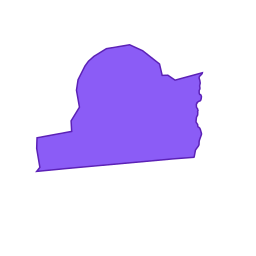 Abbeville, South Carolina, United States of America, rotated 215°
{"feature_id": "52423323B54775259864963", "entity_name": "Abbeville", "entity_type": "district", "adm_level": 2, "iso_a3": "USA", "parent_name": "United States of America", "parent_adm1": "South Carolina", "projection": "equal_earth", "projection_center": [-82.57, 34.249], "detail": "fine", "context": "isolated", "style": "filled", "palette": "violet", "viewbox_px": 256, "rotation_deg": 215, "n_neighbors": 0, "source": "geoboundaries", "source_scale": "gbopen_adm2", "svg_char_len": 1099}
<svg xmlns="http://www.w3.org/2000/svg" viewBox="0 0 256 256"><g transform="rotate(215 128 128)"><path d="M57.2,141.8L57.3,142.5L59.8,148.0L60.1,148.8L60.0,153.5L60.1,154.4L60.4,155.3L61.9,157.6L62.5,159.0L64.1,164.8L64.7,165.7L67.9,168.3L69.1,169.0L70.3,169.2L71.3,169.1L71.8,169.4L72.9,170.8L75.5,171.8L76.1,172.5L78.1,176.1L78.4,178.6L79.8,180.8L80.3,181.1L80.6,182.4L80.8,182.5L82.0,183.6L82.6,183.8L83.7,184.2L84.0,184.5L85.6,186.6L85.7,187.1L85.6,187.8L85.8,188.1L86.0,188.3L85.9,188.8L85.2,190.7L84.5,191.5L84.4,192.7L84.9,194.1L85.8,195.8L87.1,196.8L87.8,196.9L88.5,196.6L89.7,197.4L91.0,199.2L91.3,199.8L91.4,200.8L91.9,201.9L93.5,203.6L94.6,206.2L96.4,208.1L98.4,209.7L98.8,210.4L99.0,211.4L98.5,214.2L98.5,215.1L98.8,215.9L108.9,203.8L116.9,194.2L125.6,194.1L130.2,190.7L138.9,198.5L160.3,199.7L174.4,197.1L191.2,180.6L197.0,167.2L198.7,160.1L198.8,154.1L196.6,138.9L191.9,129.4L179.7,117.2L178.7,101.2L172.2,92.9L185.0,79.9L196.9,67.8L191.1,58.9L177.6,45.2L177.9,40.1L160.2,55.2L157.2,57.8L155.9,58.9L73.7,128.3L57.2,141.8Z" fill="#8b5cf6" stroke="#5b21b6" stroke-width="1.5"/></g></svg>